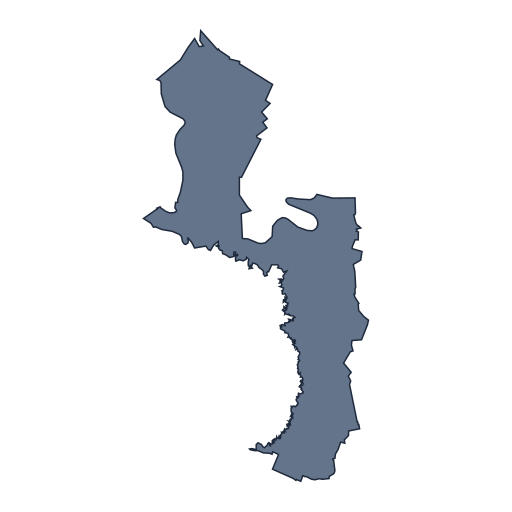 Emiliano Zapata, Tabasco, Mexico
{"feature_id": "50627088B17857349990944", "entity_name": "Emiliano Zapata", "entity_type": "district", "adm_level": 2, "iso_a3": "MEX", "parent_name": "Mexico", "parent_adm1": "Tabasco", "projection": "orthographic", "projection_center": [-91.663, 17.694], "detail": "fine", "context": "isolated", "style": "filled", "palette": "slate", "viewbox_px": 512, "rotation_deg": 0, "n_neighbors": 0, "source": "geoboundaries", "source_scale": "gbopen_adm2", "svg_char_len": 6112}
<svg xmlns="http://www.w3.org/2000/svg" viewBox="0 0 512 512"><path d="M218.4,49.0L217.7,49.9L200.7,30.7L199.9,40.6L203.4,46.0L199.2,46.6L194.6,38.5L187.9,47.7L180.4,59.9L156.8,79.5L159.7,80.4L161.0,82.6L161.3,93.9L165.0,106.5L170.2,112.2L183.2,118.9L185.0,121.5L185.1,122.9L184.2,125.1L179.8,129.7L176.3,135.1L175.2,139.1L174.7,144.4L175.9,153.2L181.8,167.7L182.9,172.2L182.9,180.3L180.4,192.1L177.7,199.8L177.7,202.4L175.6,202.4L174.9,207.9L176.4,210.0L176.4,211.4L173.8,212.7L169.8,212.9L165.9,211.4L161.1,208.2L160.1,206.8L157.1,208.1L157.8,208.5L143.5,218.5L151.1,223.4L153.4,227.2L155.8,227.0L161.8,229.5L172.1,231.3L179.4,234.4L181.4,236.4L182.5,241.6L184.3,244.0L185.8,244.4L188.0,242.9L188.2,240.2L187.5,237.5L191.6,242.2L194.6,248.0L205.9,246.1L208.4,249.6L210.5,250.5L213.7,245.0L218.2,241.5L218.4,244.8L216.1,245.8L217.5,246.7L218.9,246.1L218.6,248.3L220.1,250.2L222.1,250.5L222.7,253.6L226.1,255.0L229.6,257.5L234.1,256.4L233.6,252.8L233.9,252.1L235.5,252.1L235.7,252.9L234.7,255.2L235.4,255.4L237.4,254.4L237.8,255.0L235.7,256.9L235.4,259.6L235.9,261.2L239.4,259.8L243.1,260.8L246.1,259.4L246.5,257.3L248.9,259.5L248.2,261.7L248.3,265.7L249.7,266.9L249.0,268.7L252.4,268.1L250.5,265.4L252.2,265.1L252.6,263.2L254.9,263.5L257.5,265.0L259.2,267.8L261.8,269.4L263.6,271.6L263.4,274.0L264.9,276.2L267.3,275.3L266.7,272.5L267.7,271.6L268.6,271.8L271.7,264.8L277.6,264.8L278.6,266.0L277.6,267.8L281.5,268.8L283.5,272.2L286.6,271.1L282.9,276.1L283.7,278.4L283.1,279.8L281.1,279.0L278.8,279.2L279.9,280.1L282.0,280.1L281.8,281.8L281.1,282.0L280.3,281.3L279.4,283.0L281.1,282.6L281.8,284.6L281.4,285.8L279.7,286.5L283.4,287.9L283.3,289.8L281.8,290.9L282.7,291.8L282.1,292.7L282.5,294.1L285.1,293.8L287.1,297.5L286.2,299.4L285.7,298.8L286.0,297.8L285.0,297.1L285.1,299.3L283.5,299.8L283.3,302.2L285.6,300.3L285.5,302.3L288.1,303.2L287.5,304.0L287.8,305.5L285.4,305.3L287.0,306.3L286.8,307.1L285.6,307.6L283.9,306.6L284.0,308.8L286.9,307.9L287.0,308.5L285.6,308.9L286.4,310.0L285.0,310.8L282.8,309.6L282.4,310.1L285.0,312.4L284.7,314.4L285.5,313.8L288.7,314.9L288.5,314.1L289.0,314.0L290.5,315.8L293.0,315.8L294.9,317.4L292.6,318.2L293.4,319.6L293.1,320.8L292.1,319.9L290.7,320.9L290.7,319.6L288.6,319.2L289.8,321.4L288.6,321.6L288.6,322.5L284.7,323.0L284.9,325.7L282.7,324.5L279.4,325.7L280.4,325.6L281.8,326.5L281.7,327.0L280.5,327.1L280.5,328.8L285.0,331.1L284.8,332.7L288.1,333.3L288.7,335.8L287.9,337.2L289.2,337.0L289.7,338.0L291.1,337.8L290.9,339.1L292.5,339.7L292.3,341.1L293.6,341.1L293.5,340.0L294.8,339.8L295.4,341.5L293.3,341.6L292.8,342.6L293.4,343.2L294.5,342.6L295.0,343.4L292.8,344.5L294.5,345.9L294.7,347.3L295.3,346.4L296.7,347.4L295.9,349.6L297.4,348.9L298.0,351.3L299.5,351.9L299.7,354.0L298.1,357.0L298.8,358.1L298.1,359.5L299.3,360.0L299.6,361.0L298.2,361.7L298.3,363.0L297.3,364.8L298.0,366.9L297.5,368.5L298.5,369.4L297.7,371.9L298.6,372.6L298.2,373.3L298.9,374.3L300.2,373.1L299.9,374.6L300.8,375.7L300.4,377.1L302.0,377.1L302.8,378.4L302.7,380.3L301.2,380.1L300.3,381.3L301.0,382.1L301.3,381.1L302.0,381.0L302.8,383.0L301.2,382.3L301.5,383.6L300.8,384.7L302.1,385.0L299.2,386.0L300.6,386.1L299.4,386.8L301.4,387.7L301.7,388.8L301.0,389.2L303.2,391.9L302.9,393.1L302.3,392.9L300.6,394.1L298.5,393.2L298.2,394.5L299.2,396.2L298.2,397.4L297.2,396.4L296.6,396.7L297.4,398.3L296.2,399.2L296.2,400.2L298.1,403.3L298.0,404.0L297.1,404.4L297.1,405.3L295.1,406.8L294.7,406.2L291.2,406.3L292.0,407.6L291.1,408.1L291.1,411.8L293.2,413.7L292.6,414.5L291.8,413.8L291.4,414.3L292.1,415.3L291.2,415.2L290.5,416.5L291.9,416.4L291.8,417.3L292.7,417.3L292.7,418.0L292.0,417.7L291.8,418.6L290.0,419.3L289.9,420.4L290.7,420.5L290.2,421.3L288.5,421.1L289.3,421.8L289.0,422.9L290.2,423.1L290.4,425.2L289.7,425.2L288.9,423.6L286.8,424.3L287.1,425.0L288.2,425.2L287.1,426.0L288.8,426.8L288.6,428.1L287.8,428.8L287.0,428.2L285.7,429.6L284.6,428.9L284.3,430.4L284.9,431.3L283.8,430.9L283.0,431.7L284.1,431.7L284.2,432.9L281.5,432.3L281.9,433.5L280.1,435.3L279.9,435.9L280.7,436.2L280.1,436.7L280.7,437.3L280.0,438.7L279.2,438.5L278.8,437.1L278.5,438.3L277.4,438.3L276.7,436.7L275.9,440.1L275.3,440.1L274.6,438.8L273.3,439.7L274.0,441.6L272.0,440.1L272.5,441.1L272.2,442.2L273.2,442.3L273.4,443.3L271.7,444.2L270.4,443.6L270.4,445.8L269.6,445.4L269.8,444.2L268.6,442.1L268.7,443.6L267.8,443.6L267.0,445.4L264.5,447.6L263.1,447.0L261.3,444.4L258.0,442.8L256.2,444.6L256.2,449.6L252.0,448.6L249.5,449.0L250.1,449.7L254.9,450.7L257.8,450.6L263.4,452.9L269.2,453.2L271.7,454.1L271.5,453.5L272.3,453.5L272.8,451.8L278.1,454.2L278.5,454.6L272.5,469.2L293.2,478.4L295.9,480.4L296.4,479.5L300.8,481.3L302.8,475.7L304.7,476.6L306.1,476.5L311.2,479.1L314.7,479.8L319.6,478.7L322.1,479.3L329.1,478.6L329.1,476.5L333.9,473.6L334.6,471.9L334.9,470.5L333.6,460.1L332.7,459.7L333.1,458.6L334.9,458.4L335.4,454.2L338.2,449.2L340.6,442.1L344.8,443.2L344.3,439.9L348.5,435.6L348.6,431.0L359.6,428.8L358.8,424.5L358.2,424.6L357.6,421.6L357.1,421.6L349.5,384.3L350.7,381.0L348.3,376.1L351.2,372.3L343.6,363.1L350.2,351.9L353.0,350.9L351.4,345.1L352.0,340.5L361.5,339.8L367.4,324.9L368.5,320.2L363.8,316.5L358.7,310.5L358.2,304.0L358.9,303.5L354.7,296.8L354.0,294.0L355.1,293.8L355.0,288.9L355.7,287.3L354.8,271.5L353.3,264.4L360.7,260.1L362.0,251.5L352.1,248.6L352.3,246.7L355.1,239.8L358.2,239.9L358.4,231.9L356.5,231.3L357.0,229.9L356.4,229.2L360.8,228.0L358.5,225.9L358.1,226.1L355.9,223.3L353.7,214.9L354.8,214.7L355.5,213.1L355.0,197.9L332.4,198.1L316.9,194.4L314.4,197.8L310.5,199.7L298.4,199.0L290.5,197.8L287.2,198.2L285.9,199.9L286.2,201.7L288.7,204.3L310.4,213.2L314.1,215.5L316.9,219.3L317.7,222.1L317.8,224.7L316.5,228.0L313.9,230.2L312.1,230.8L307.1,230.4L297.9,227.1L288.0,219.3L285.5,218.0L282.2,217.6L277.5,220.2L272.7,226.2L272.1,236.7L265.3,242.8L261.7,243.5L258.6,243.3L247.9,238.9L242.4,238.5L241.2,213.8L250.9,210.6L247.7,207.3L239.4,195.1L239.4,177.2L241.5,177.3L260.9,139.3L257.1,137.7L256.5,135.9L267.0,127.9L262.8,122.2L267.3,118.8L261.6,112.1L270.1,103.4L265.5,100.4L272.6,84.5L239.4,63.8L239.7,61.5L229.4,59.0L229.4,57.2L219.7,50.7L218.4,49.0Z" fill="#64748b" stroke="#1e293b" stroke-width="1.5"/></svg>